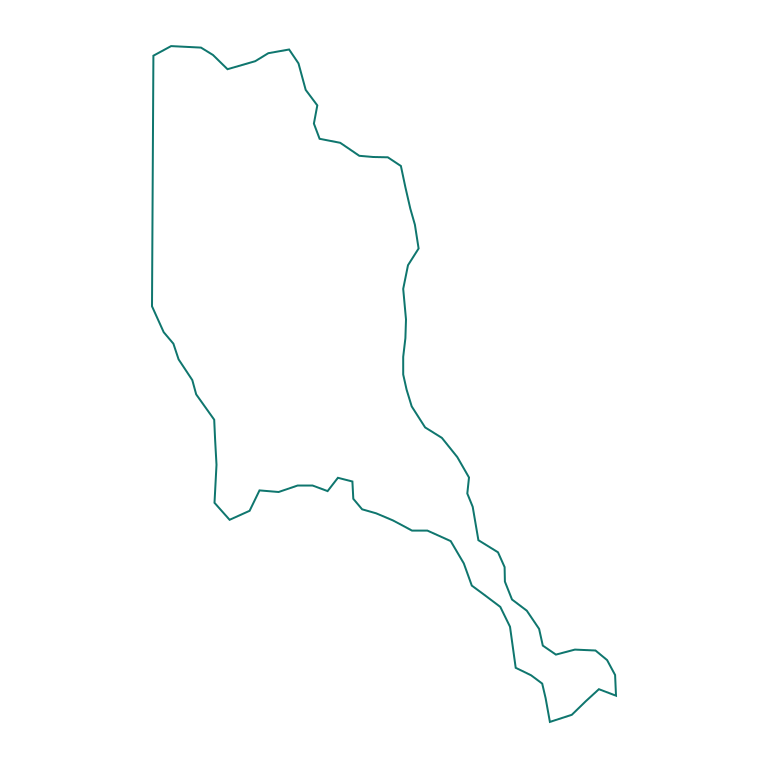 Canas, São Paulo, Brazil (Albers equal-area conic projection)
{"feature_id": "56859067B22920449697894", "entity_name": "Canas", "entity_type": "district", "adm_level": 2, "iso_a3": "BRA", "parent_name": "Brazil", "parent_adm1": "São Paulo", "projection": "albers", "projection_center": [-45.024, -22.743], "detail": "fine", "context": "isolated", "style": "outline", "palette": "teal", "viewbox_px": 768, "rotation_deg": 0, "n_neighbors": 0, "source": "geoboundaries", "source_scale": "gbopen_adm2", "svg_char_len": 1196}
<svg xmlns="http://www.w3.org/2000/svg" viewBox="0 0 768 768"><path d="M171.1,46.1L153.4,55.7L152.0,306.3L163.7,332.2L173.4,343.7L178.6,359.4L192.3,380.1L196.2,394.4L214.2,419.7L215.1,439.5L216.5,464.8L214.5,502.8L229.6,519.8L249.6,510.8L259.5,490.4L278.6,492.0L297.7,485.5L312.5,485.5L327.6,491.1L337.9,477.8L352.4,481.5L353.3,498.8L362.1,509.3L376.1,513.3L392.9,520.4L412.0,530.6L427.4,530.6L450.7,541.1L463.8,563.4L471.8,585.6L486.4,596.4L500.3,606.9L510.0,626.7L515.7,667.8L531.1,675.3L542.2,683.6L545.6,698.1L549.9,721.9L571.8,714.8L585.8,701.2L598.9,689.2L616.0,695.7L615.1,675.0L607.1,660.1L595.5,650.5L574.9,649.6L555.9,654.6L542.8,645.6L539.1,628.9L526.8,610.7L512.0,599.5L504.9,581.6L504.6,567.1L498.0,552.3L478.4,540.2L472.7,506.8L467.3,493.5L469.0,477.5L457.3,457.1L441.9,437.9L425.1,427.4L411.7,406.4L406.6,389.7L403.2,374.5L403.2,356.9L405.4,338.1L406.0,319.5L403.2,288.9L408.0,265.2L418.6,248.5L414.9,224.7L410.3,208.6L405.4,187.3L400.9,166.0L387.8,157.3L373.2,157.0L359.3,155.8L340.2,142.8L319.6,138.8L313.9,123.6L317.3,105.4L305.7,89.9L298.5,63.4L289.1,49.5L268.3,53.2L255.2,61.2L227.5,69.2L213.0,55.0L201.0,47.6L171.1,46.1Z" fill="none" stroke="#0f766e" stroke-width="2"/></svg>